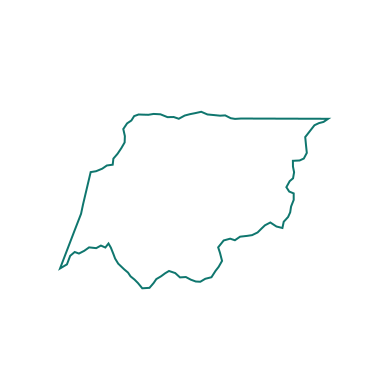 Itapororoca, Paraíba, Brazil (orthographic projection), rotated 308°
{"feature_id": "56859067B24843901347599", "entity_name": "Itapororoca", "entity_type": "district", "adm_level": 2, "iso_a3": "BRA", "parent_name": "Brazil", "parent_adm1": "Paraíba", "projection": "orthographic", "projection_center": [-35.262, -6.812], "detail": "fine", "context": "isolated", "style": "outline", "palette": "teal", "viewbox_px": 384, "rotation_deg": 308, "n_neighbors": 0, "source": "geoboundaries", "source_scale": "gbopen_adm2", "svg_char_len": 1483}
<svg xmlns="http://www.w3.org/2000/svg" viewBox="0 0 384 384"><g transform="rotate(308 192 192)"><path d="M126.4,253.8L131.8,255.9L136.8,259.8L144.4,259.1L149.3,259.1L156.2,258.1L161.2,251.6L164.5,246.7L173.3,246.8L178.7,250.8L180.4,255.5L186.4,257.4L191.5,262.6L195.0,265.9L200.5,268.6L206.0,269.3L210.7,270.0L216.2,272.5L216.8,279.8L219.3,285.4L225.0,282.6L231.5,283.1L236.4,281.9L241.6,279.0L248.4,277.0L253.5,273.0L252.2,268.3L253.9,263.4L260.7,262.3L265.0,263.2L270.4,260.3L274.2,255.9L278.7,252.3L283.1,257.4L287.2,259.5L293.5,258.4L299.3,252.8L305.0,247.4L312.8,247.4L320.0,247.4L324.4,249.6L328.2,252.5L333.5,254.2L280.0,185.3L276.1,180.9L274.0,177.1L272.8,171.0L269.4,167.1L266.5,162.5L262.6,156.4L260.9,149.9L256.4,146.2L252.1,142.5L247.8,139.2L241.6,136.5L239.8,131.4L235.9,126.6L233.8,119.3L229.9,113.7L226.0,110.1L223.1,106.2L220.2,102.2L216.2,99.7L211.0,100.2L206.1,98.6L199.3,99.1L194.7,104.7L189.6,108.4L183.1,109.3L176.4,109.8L169.9,109.5L164.7,112.7L160.5,108.6L155.1,106.9L149.3,103.6L145.3,99.9L115.3,113.7L106.5,118.0L89.3,123.2L50.5,135.1L58.0,138.0L66.7,135.3L72.5,136.5L73.9,140.8L79.3,143.3L85.0,145.0L88.8,151.1L93.7,153.2L94.9,157.9L100.0,157.9L98.2,162.3L94.7,168.3L92.2,172.4L90.1,178.0L89.3,186.2L89.1,191.2L87.7,195.5L87.6,200.6L87.0,205.4L85.5,212.1L90.3,217.5L96.6,217.8L101.4,217.5L106.5,219.5L111.5,220.9L115.6,222.5L117.8,228.7L117.3,235.1L121.2,239.5L122.2,245.1L123.8,250.1L126.4,253.8Z" fill="none" stroke="#0f766e" stroke-width="2"/></g></svg>